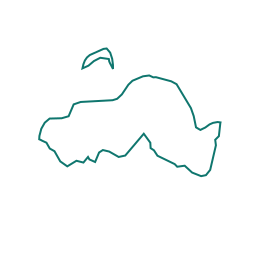 map outline of Moyle (Mercator projection), rotated 327°
{"feature_id": "GBR-2773", "entity_name": "Moyle", "entity_type": "District", "adm_level": 1, "iso_a3": "GBR", "parent_name": "United Kingdom", "parent_adm1": "", "projection": "mercator", "projection_center": [-6.248, 55.147], "detail": "fine", "context": "isolated", "style": "outline", "palette": "teal", "viewbox_px": 256, "rotation_deg": 327, "n_neighbors": 0, "source": "natural_earth", "source_scale": "10m", "svg_char_len": 1087}
<svg xmlns="http://www.w3.org/2000/svg" viewBox="0 0 256 256"><g transform="rotate(327 128 128)"><path d="M47.4,89.1L49.4,86.4L54.9,81.4L61.1,78.2L67.4,77.4L77.7,83.7L84.6,85.8L95.3,78.6L102.5,80.4L130.2,96.3L134.8,97.6L141.1,96.5L151.9,91.9L157.5,90.8L168.7,92.8L174.4,95.5L176.8,99.3L179.1,100.6L189.7,112.4L192.6,117.7L191.6,145.6L189.6,153.8L185.4,164.5L187.6,169.0L193.1,169.7L198.4,169.4L202.1,170.0L206.4,171.8L208.6,173.7L208.0,174.3L199.8,184.3L194.7,185.4L192.3,190.4L174.1,207.9L167.7,210.0L163.1,208.2L157.5,200.3L155.0,190.5L148.2,187.3L147.5,183.7L137.6,167.3L137.6,160.8L136.0,157.2L138.7,152.5L138.1,141.4L110.7,149.6L104.4,147.2L99.4,137.5L94.9,132.8L90.4,132.8L81.9,138.6L78.5,133.3L78.7,130.5L71.8,132.7L66.9,127.4L56.2,127.1L53.0,119.1L53.7,107.4L51.2,102.6L51.6,95.9L48.7,91.3L48.7,91.1L47.4,89.1ZM135.7,46.0L150.5,48.3L153.4,49.7L154.1,55.1L152.4,61.4L149.7,67.0L147.6,70.3L148.0,66.2L148.2,63.8L148.5,62.0L149.5,59.7L143.0,54.0L135.9,53.3L128.8,54.2L122.3,53.2L125.4,50.2L128.6,47.9L132.0,46.5L135.7,46.0Z" fill="none" stroke="#0f766e" stroke-width="2"/></g></svg>